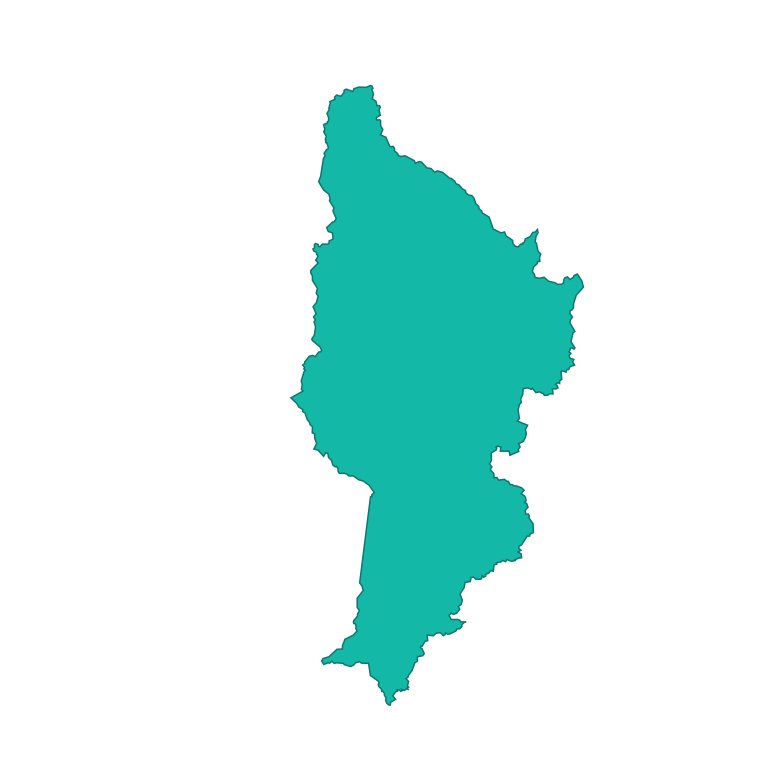 outline of Santa Rosa De Osos, Antioquia, Colombia, rotated 232°
{"feature_id": "7082276B84745263365816", "entity_name": "Santa Rosa De Osos", "entity_type": "district", "adm_level": 2, "iso_a3": "COL", "parent_name": "Colombia", "parent_adm1": "Antioquia", "projection": "mercator", "projection_center": [-75.464, 6.704], "detail": "fine", "context": "isolated", "style": "filled", "palette": "teal", "viewbox_px": 768, "rotation_deg": 232, "n_neighbors": 0, "source": "geoboundaries", "source_scale": "gbopen_adm2", "svg_char_len": 6171}
<svg xmlns="http://www.w3.org/2000/svg" viewBox="0 0 768 768"><g transform="rotate(232 384 384)"><path d="M204.0,164.3L200.1,163.9L198.8,168.2L197.5,169.2L197.6,172.3L194.4,172.7L193.8,174.6L189.1,179.8L187.2,180.0L181.8,183.9L181.2,187.4L181.9,189.8L180.2,193.8L177.9,194.4L173.4,199.9L162.7,193.8L153.2,196.6L151.4,196.2L151.0,194.7L148.9,193.6L145.4,194.2L143.1,193.0L142.7,193.9L140.4,193.9L138.2,192.6L135.5,192.5L133.5,190.4L130.8,189.7L128.4,190.0L127.1,191.4L129.1,193.2L128.4,199.0L132.9,198.9L134.2,203.5L133.7,205.8L135.0,206.3L133.3,207.8L131.6,207.8L131.2,209.5L132.5,209.9L129.9,211.5L129.9,213.8L128.5,215.0L130.5,215.6L130.0,216.7L131.8,216.8L134.6,220.3L138.2,219.8L138.3,222.7L139.3,223.7L141.0,229.8L145.4,236.8L145.0,239.6L148.5,242.6L146.0,247.2L146.9,249.8L151.9,251.0L154.1,250.4L154.6,251.8L153.8,252.5L156.0,258.0L154.8,260.4L159.7,263.4L155.2,267.9L155.6,271.3L154.0,274.4L153.0,275.4L149.2,275.8L148.9,277.7L149.9,279.3L147.6,280.2L146.5,282.0L145.1,288.7L146.2,290.8L144.4,293.1L145.0,296.1L146.3,296.9L146.8,300.2L145.9,302.3L149.4,298.0L151.3,298.3L153.0,297.2L157.0,292.0L161.4,292.7L162.1,295.6L159.8,296.8L158.6,300.1L159.9,305.0L162.9,305.7L162.8,309.2L165.5,312.7L171.7,314.6L174.1,321.6L177.7,325.7L175.2,330.4L177.9,333.5L176.5,335.8L173.7,336.1L170.8,339.7L170.5,341.0L172.5,343.3L170.4,343.6L170.0,345.9L171.3,346.7L170.4,350.8L171.4,352.8L169.2,354.9L173.8,359.5L172.6,361.9L173.9,362.7L171.9,366.3L172.0,368.8L169.1,370.4L170.0,372.7L165.7,375.4L164.1,378.8L164.9,378.9L163.8,383.2L162.3,385.4L165.7,387.5L169.2,386.2L168.7,389.6L171.5,389.0L173.1,390.6L172.5,393.4L176.0,403.1L174.5,405.2L175.8,406.4L175.0,410.3L182.1,415.4L189.5,415.8L190.2,417.1L192.6,417.7L194.1,415.8L195.8,416.4L197.6,417.8L198.2,421.6L202.1,422.9L204.1,421.8L204.6,424.2L207.2,425.5L209.6,425.8L213.1,424.5L214.0,429.0L217.3,428.6L222.2,425.6L223.6,423.6L225.8,423.2L227.1,421.5L230.9,422.0L231.9,420.8L234.6,420.3L237.7,415.2L240.8,415.4L242.3,413.1L245.9,415.4L251.1,415.0L252.3,418.0L256.0,417.9L257.6,421.5L263.6,426.1L262.9,431.7L264.1,433.4L265.4,433.5L265.2,435.0L262.3,437.3L259.4,434.3L254.0,441.3L250.3,439.3L247.9,448.7L249.8,449.6L250.6,452.5L254.1,453.3L252.9,458.4L254.8,462.5L257.3,465.7L261.0,467.3L263.1,471.8L272.8,466.2L273.5,469.5L281.2,473.8L284.5,478.3L285.0,480.9L288.0,482.5L290.4,487.0L294.6,490.8L292.4,495.0L289.1,496.8L289.3,498.3L283.7,498.4L282.1,501.6L278.4,503.5L276.3,503.4L274.5,505.8L274.3,508.6L272.1,511.1L276.6,513.8L274.2,516.4L273.9,518.8L276.5,519.5L278.0,518.8L278.2,521.6L276.3,522.7L278.3,524.4L278.2,526.9L284.9,531.3L284.4,532.9L281.3,534.7L282.8,537.1L281.7,538.4L283.1,540.9L281.6,545.9L285.2,546.2L286.5,548.7L289.7,546.5L292.5,547.3L293.1,550.2L295.3,549.6L297.2,552.9L296.9,554.3L294.4,555.1L294.9,556.7L302.2,557.4L307.9,564.4L307.9,566.8L317.4,568.1L319.7,570.2L320.6,573.7L325.4,573.9L327.1,575.9L326.6,578.2L327.7,580.4L330.8,583.1L335.6,590.1L337.5,600.8L343.3,603.3L351.6,604.1L352.5,600.5L351.5,599.5L351.8,594.9L355.4,594.5L356.3,592.4L356.0,590.8L353.1,587.4L353.3,585.3L355.6,582.2L358.7,581.0L363.8,576.9L369.6,575.9L371.4,571.9L374.9,568.7L377.9,570.1L380.7,570.0L382.2,571.3L384.2,574.0L384.5,578.8L385.9,580.4L384.7,582.3L387.9,584.4L389.8,587.5L393.9,587.2L401.2,590.8L402.9,590.6L407.0,595.0L408.3,598.5L411.3,600.0L410.6,597.0L411.8,594.5L410.2,590.1L411.3,584.8L409.3,581.6L409.7,579.8L408.7,579.1L410.0,578.0L409.4,574.0L412.2,572.1L415.5,572.1L418.0,573.8L425.5,571.4L429.6,572.6L431.1,569.2L438.9,565.5L450.8,569.6L458.1,566.8L460.2,567.5L463.6,566.8L465.7,568.0L469.6,567.4L475.0,569.3L478.4,569.2L481.0,566.8L484.1,566.3L486.4,567.3L489.3,565.9L494.9,565.6L497.3,564.1L500.5,564.6L504.6,563.6L505.7,562.4L514.6,560.5L518.9,557.5L519.8,554.3L524.9,553.7L528.0,550.8L535.7,550.2L537.6,548.7L538.7,544.6L541.3,545.4L551.0,541.0L552.9,537.4L555.0,536.1L557.6,536.6L561.2,535.7L563.1,537.3L565.5,537.5L567.4,534.8L577.3,537.4L582.4,534.6L585.3,539.8L589.6,540.3L593.5,543.4L594.9,543.3L596.2,541.0L597.9,541.2L598.6,542.7L598.0,546.5L603.1,548.8L604.4,551.6L606.2,551.8L607.7,549.8L611.6,551.7L616.1,550.4L619.0,554.3L623.5,555.6L623.9,557.4L626.3,557.9L627.5,557.1L628.9,552.4L633.5,547.0L635.2,542.1L633.7,539.5L639.6,535.8L640.1,533.5L638.3,532.0L637.3,527.2L640.9,524.5L640.5,521.6L638.5,520.6L639.9,515.2L638.3,514.4L635.3,510.3L634.3,510.4L632.3,505.7L627.9,504.3L625.2,501.9L625.5,500.8L624.2,499.4L625.3,498.1L625.4,495.9L621.1,494.2L619.8,491.7L614.5,490.9L613.3,488.8L610.1,486.7L609.3,487.4L604.8,485.8L603.7,484.5L604.0,482.8L602.6,478.7L600.0,478.1L599.1,475.2L586.7,462.0L583.6,457.0L573.9,455.9L567.7,457.4L563.6,455.9L561.9,453.8L553.5,452.9L551.8,450.3L543.8,448.2L542.4,444.5L543.3,443.3L542.5,435.0L538.5,434.0L534.9,436.4L529.6,433.2L530.5,428.7L528.8,427.5L528.9,425.7L532.2,421.6L531.6,417.9L533.1,417.0L534.5,418.0L537.0,416.5L536.5,414.8L534.1,413.1L534.2,411.2L532.2,410.5L529.4,411.8L527.5,410.6L526.3,411.1L525.0,410.2L523.7,406.4L519.9,406.6L518.6,396.3L516.5,394.6L513.4,394.2L509.7,391.4L500.3,390.4L497.3,386.5L493.7,386.1L489.7,380.7L488.6,375.7L481.0,373.7L480.3,369.8L476.4,369.2L476.3,367.4L471.0,365.1L465.4,359.1L463.9,354.8L462.5,354.3L452.3,356.4L448.7,355.5L448.4,354.0L449.4,352.2L447.9,346.8L450.5,345.2L451.9,342.2L450.2,335.1L448.9,334.0L449.0,331.6L445.8,331.6L445.3,330.1L443.3,330.6L443.0,328.6L437.4,320.7L433.9,319.2L430.6,315.6L428.3,315.9L430.4,302.1L422.4,303.3L418.1,302.7L414.0,304.2L412.3,302.9L409.7,303.9L403.1,301.6L399.7,301.7L397.4,300.7L394.4,301.3L389.7,297.4L387.4,298.7L383.8,295.9L378.6,294.3L375.9,288.7L372.5,291.3L364.1,291.9L365.7,295.7L364.0,297.1L360.2,295.0L356.2,295.6L351.5,293.8L348.9,294.5L348.5,295.7L345.8,295.8L343.1,293.9L341.1,293.9L338.0,297.7L335.9,299.3L333.3,299.6L330.3,303.3L324.1,305.1L320.4,307.9L313.4,309.9L304.6,309.5L304.1,306.0L302.7,305.0L303.4,303.9L242.2,242.3L238.7,242.4L234.1,240.6L231.7,231.0L224.4,225.3L220.4,225.1L219.1,221.6L217.4,220.3L216.2,214.5L214.8,213.0L213.8,212.7L212.9,213.8L209.8,212.7L209.0,211.3L206.0,210.8L205.0,205.2L206.9,196.1L203.3,190.1L200.8,188.1L203.9,183.6L203.0,172.6L205.2,166.8L204.0,164.3Z" fill="#14b8a6" stroke="#0f766e" stroke-width="1.5"/></g></svg>